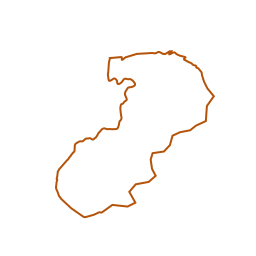 the Autonomous Province of Anosy, rotated 245°
{"feature_id": "MDG-5865", "entity_name": "Anosy", "entity_type": "Autonomous Province", "adm_level": 1, "iso_a3": "MDG", "parent_name": "Madagascar", "parent_adm1": "", "projection": "mercator", "projection_center": [46.606, -23.936], "detail": "fine", "context": "isolated", "style": "outline", "palette": "amber", "viewbox_px": 256, "rotation_deg": 245, "n_neighbors": 0, "source": "natural_earth", "source_scale": "10m", "svg_char_len": 2883}
<svg xmlns="http://www.w3.org/2000/svg" viewBox="0 0 256 256"><g transform="rotate(245 128 128)"><path d="M199.0,141.2L195.2,151.7L194.7,152.2L193.9,151.9L192.5,151.3L192.2,151.7L193.1,155.7L191.4,167.4L185.8,181.5L184.2,184.1L184.0,185.2L184.1,187.4L183.6,188.6L180.2,191.2L179.3,193.4L179.9,198.1L179.1,199.9L178.4,199.1L178.0,198.2L177.8,197.1L177.8,195.9L177.2,197.0L177.1,198.0L177.3,199.1L177.3,200.4L177.0,201.8L176.5,202.4L174.6,203.2L173.5,203.9L171.6,205.6L168.4,209.5L167.8,209.9L167.6,209.6L166.9,207.9L166.1,207.8L165.9,207.9L165.9,208.1L162.0,210.9L160.6,212.3L159.9,212.8L157.9,213.6L157.2,214.0L156.3,215.3L155.6,215.9L155.1,215.9L154.4,215.6L153.7,215.6L153.1,216.4L152.4,216.9L147.9,218.1L146.9,218.1L144.7,217.4L137.9,216.5L130.3,216.7L120.5,219.2L114.6,208.8L101.4,201.5L101.4,190.6L99.7,183.3L102.2,173.3L102.2,165.1L94.8,158.8L91.5,150.6L94.8,139.7L89.8,135.2L80.7,132.5L73.0,132.9L70.4,123.9L73.7,111.2L69.6,102.2L57.2,103.1L57.0,94.4L64.9,81.3L62.5,68.5L62.9,67.7L63.8,66.3L63.8,60.3L65.2,51.6L66.2,50.2L79.1,42.7L91.7,37.6L94.9,36.9L95.9,36.8L100.1,37.2L102.9,37.2L104.5,37.6L109.4,40.6L110.9,42.0L112.0,41.8L113.4,43.0L118.2,46.0L118.5,46.5L119.8,48.4L123.5,56.8L123.8,57.5L124.4,58.7L124.5,59.1L124.7,59.9L124.8,60.3L126.1,62.3L126.3,62.8L126.4,63.1L127.0,64.3L127.7,65.5L128.8,67.7L129.0,68.1L129.2,69.1L129.5,69.5L129.9,69.9L134.6,72.4L135.2,72.8L135.7,73.5L136.0,74.5L136.3,77.9L136.3,78.5L136.1,79.2L135.4,80.4L135.2,81.2L135.2,81.9L135.4,82.6L135.7,83.3L136.1,84.8L136.1,85.5L135.9,86.2L135.6,86.8L135.4,87.5L135.0,88.8L134.7,89.4L134.1,89.9L132.9,90.6L132.5,91.1L132.3,91.7L132.4,92.4L132.8,93.3L133.0,94.9L133.4,95.6L134.6,97.5L135.5,98.5L136.0,99.4L137.0,102.0L137.7,103.2L137.9,104.1L138.0,104.9L137.9,105.4L137.8,106.1L137.7,106.4L137.3,106.9L136.9,107.3L135.9,108.4L135.6,109.0L134.7,111.1L133.3,113.7L132.2,116.5L132.0,117.2L132.0,117.8L132.3,118.6L132.9,119.5L135.3,121.5L136.8,122.5L137.3,122.9L137.7,123.5L138.3,124.9L138.7,125.5L139.2,126.0L139.8,126.3L140.5,126.6L144.2,127.6L149.2,129.4L151.6,131.0L152.0,131.4L152.3,131.9L152.4,132.2L152.2,133.5L152.4,134.1L153.1,135.3L153.4,136.0L153.8,138.4L154.4,138.9L155.5,139.2L159.2,139.3L160.5,139.8L161.1,140.2L161.7,140.8L162.2,141.3L164.1,144.3L164.4,144.9L164.5,145.7L164.3,146.4L163.8,147.9L163.5,149.4L163.5,150.7L163.6,151.4L163.8,152.1L164.3,152.7L165.1,153.0L166.3,153.0L167.2,152.8L169.1,152.2L170.2,151.6L170.7,151.3L171.2,150.8L171.6,150.2L172.1,148.8L172.5,148.2L173.4,147.1L173.8,146.4L174.0,145.7L173.9,145.0L173.6,144.3L172.6,142.4L172.0,141.0L171.8,140.2L171.7,139.4L171.7,138.6L171.9,137.9L172.3,137.4L173.0,137.2L175.0,137.8L175.9,138.0L177.7,137.4L178.3,137.0L178.7,136.6L178.8,136.0L178.8,135.4L178.4,133.2L178.4,131.4L178.8,130.9L179.8,130.8L184.5,132.2L185.4,132.6L187.1,133.8L195.6,138.5L198.9,141.2L199.0,141.2Z" fill="none" stroke="#b45309" stroke-width="2"/></g></svg>